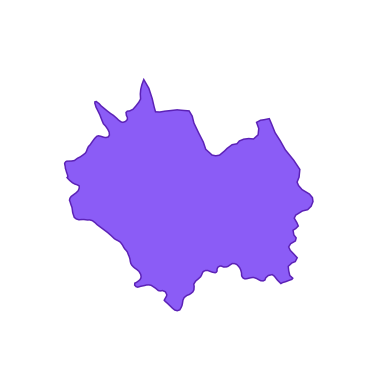 outline of Krasnapolle, Mogilev, Belarus, rotated 225°
{"feature_id": "67162791B52564132020414", "entity_name": "Krasnapolle", "entity_type": "district", "adm_level": 2, "iso_a3": "BLR", "parent_name": "Belarus", "parent_adm1": "Mogilev", "projection": "orthographic", "projection_center": [31.401, 53.272], "detail": "fine", "context": "isolated", "style": "filled", "palette": "violet", "viewbox_px": 384, "rotation_deg": 225, "n_neighbors": 0, "source": "geoboundaries", "source_scale": "gbopen_adm2", "svg_char_len": 3649}
<svg xmlns="http://www.w3.org/2000/svg" viewBox="0 0 384 384"><g transform="rotate(225 192 192)"><path d="M189.2,298.5L192.2,294.0L194.3,291.2L195.6,286.9L189.7,284.1L185.7,279.2L186.0,273.0L189.7,269.9L192.8,265.9L194.6,261.6L194.3,257.9L197.1,253.8L198.0,247.7L198.0,244.0L198.6,237.5L200.8,234.4L203.9,232.3L212.5,231.9L219.3,235.3L228.9,238.4L239.4,242.1L245.5,245.8L251.4,247.3L257.3,242.3L260.6,239.6L264.6,234.6L268.3,230.0L271.4,225.7L274.5,222.9L278.8,225.3L286.2,229.9L295.8,234.8L305.6,237.4L303.3,232.4L300.8,228.3L297.9,224.8L294.1,221.4L293.1,217.9L292.5,213.2L292.2,208.8L293.4,205.3L294.9,203.4L294.9,201.6L292.6,199.8L290.4,199.0L289.0,197.6L288.9,194.9L290.1,192.4L291.5,191.5L294.8,190.9L297.3,190.9L301.8,190.6L305.1,189.9L308.9,189.4L313.2,189.0L317.2,188.6L320.2,188.8L322.7,188.4L323.7,188.3L324.4,187.1L323.4,186.0L322.0,185.3L319.8,184.1L317.0,183.2L311.7,181.4L309.3,180.3L306.1,178.9L302.9,177.6L299.7,177.5L295.9,176.8L292.8,175.7L290.6,173.8L290.2,171.6L291.4,169.6L292.8,168.5L295.9,166.9L297.9,165.6L298.7,164.1L298.7,161.0L298.3,158.4L297.9,156.0L297.4,153.4L297.4,151.0L296.5,148.4L295.3,145.9L294.9,144.0L295.3,140.9L295.8,138.0L296.8,135.0L297.4,131.1L299.1,128.7L300.5,127.2L302.3,125.3L302.7,124.2L302.4,122.3L301.4,121.5L299.4,120.2L298.4,119.3L296.5,118.3L294.7,117.3L291.8,115.9L290.5,114.9L290.6,113.9L290.1,113.8L286.7,113.7L283.1,114.0L280.4,114.8L278.5,115.8L277.0,116.3L276.0,116.5L274.5,115.0L273.4,112.5L273.4,109.3L273.8,106.8L274.3,103.4L273.9,101.3L273.1,100.0L272.9,99.6L271.3,98.9L269.5,97.9L268.3,97.3L265.9,96.2L263.9,94.7L262.1,93.3L260.9,92.6L257.3,90.8L254.8,91.1L252.3,92.4L250.9,94.1L249.0,96.1L246.0,98.4L244.8,99.8L242.2,101.3L238.6,101.8L236.2,101.8L233.3,102.2L229.2,102.8L222.9,103.7L218.4,104.0L213.8,104.1L211.5,104.7L210.1,105.2L207.7,105.8L205.8,105.7L203.4,105.3L201.5,104.7L199.3,104.2L198.1,104.2L195.4,103.9L192.5,102.6L190.9,102.0L188.6,100.8L186.4,99.2L184.7,98.2L182.9,97.7L180.6,97.6L179.0,97.7L176.2,98.2L173.4,98.4L170.1,97.5L168.3,96.3L167.3,95.0L166.8,93.3L166.9,91.5L167.4,88.6L168.0,87.1L166.7,85.6L164.7,85.5L163.1,86.3L162.2,87.9L161.5,89.2L159.3,92.5L158.4,94.1L156.8,95.8L155.0,97.1L152.7,97.6L149.7,98.2L146.1,98.5L144.5,99.6L143.1,101.5L140.2,102.6L137.3,101.6L136.5,100.6L135.6,97.4L135.1,95.8L133.5,95.7L130.9,95.9L127.0,96.0L123.9,96.0L120.8,96.3L118.5,97.6L117.3,100.0L118.0,102.6L118.8,104.6L120.0,106.5L121.9,109.1L122.9,111.8L122.5,115.2L121.4,117.7L121.0,119.7L120.8,122.0L121.5,124.2L123.7,126.7L125.6,128.1L126.4,131.6L126.1,135.0L126.0,138.2L126.6,140.2L127.7,142.8L127.6,144.4L126.9,146.1L125.3,147.7L122.8,148.8L120.9,149.7L118.5,151.3L118.1,152.5L118.4,153.8L119.7,155.1L120.5,157.0L120.1,158.9L119.2,160.2L116.5,161.4L114.7,163.4L114.0,164.7L113.4,167.9L113.0,169.8L111.2,171.5L109.2,172.4L107.2,172.4L105.8,172.3L104.1,172.0L102.4,171.3L100.6,170.3L99.3,169.4L98.2,168.3L97.0,167.6L95.0,167.3L93.5,167.8L92.7,168.5L91.6,170.0L90.9,171.2L90.0,172.6L88.8,174.3L87.9,175.2L85.2,176.5L83.0,177.1L80.6,177.9L78.8,179.5L78.2,181.3L79.2,183.5L79.0,186.9L76.9,190.3L74.3,190.7L69.3,190.1L66.1,190.1L64.4,190.1L63.9,192.0L62.3,194.9L60.9,198.1L59.6,200.8L59.8,202.3L63.8,202.1L67.8,204.6L71.4,207.5L71.2,212.5L69.8,215.8L71.1,219.9L75.8,220.1L81.2,220.2L84.8,221.5L85.7,225.1L84.3,230.5L85.9,233.2L89.7,233.7L93.5,236.4L92.8,239.5L92.8,243.1L96.0,244.4L101.2,245.8L102.3,249.0L100.5,256.7L97.7,261.3L97.7,266.2L99.7,270.8L102.9,273.2L106.4,273.5L107.5,273.6L115.9,271.5L121.2,271.9L124.7,273.3L126.8,278.2L131.7,284.2L142.6,286.4L155.9,287.8L165.8,290.6L175.3,292.7L183.7,296.3L189.2,298.5Z" fill="#8b5cf6" stroke="#5b21b6" stroke-width="1.5"/></g></svg>